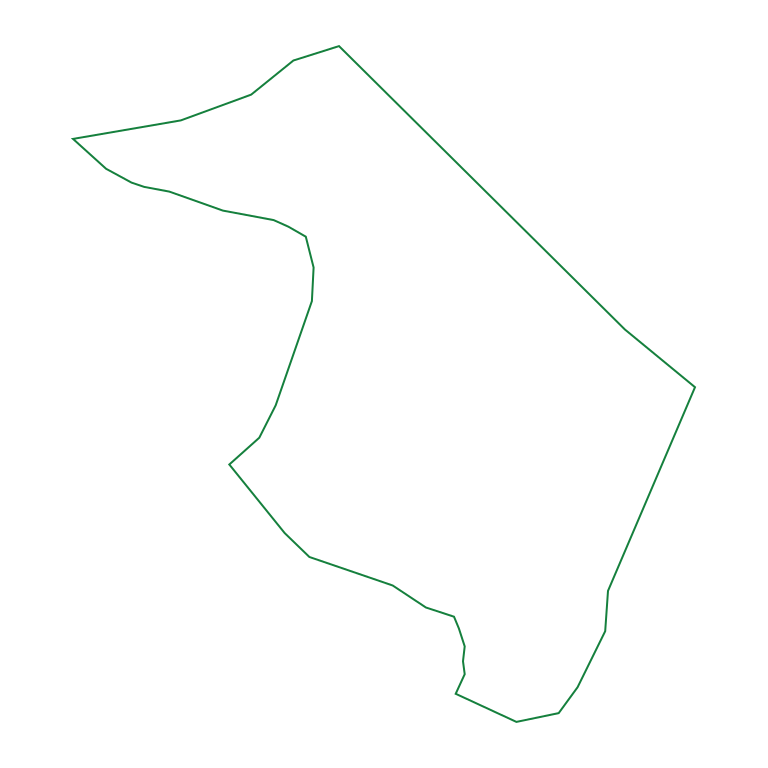 map outline of Ribnica (orthographic projection)
{"feature_id": "SVN-218", "entity_name": "Ribnica", "entity_type": "Municipality", "adm_level": 1, "iso_a3": "SVN", "parent_name": "Slovenia", "parent_adm1": "", "projection": "orthographic", "projection_center": [14.692, 45.729], "detail": "fine", "context": "isolated", "style": "outline", "palette": "green", "viewbox_px": 768, "rotation_deg": 0, "n_neighbors": 0, "source": "natural_earth", "source_scale": "10m", "svg_char_len": 554}
<svg xmlns="http://www.w3.org/2000/svg" viewBox="0 0 768 768"><path d="M73.0,138.9L180.8,120.4L251.2,94.6L293.4,60.5L339.0,46.1L624.9,329.5L695.0,387.2L608.0,590.9L605.2,631.2L577.6,687.2L558.7,713.1L516.4,721.9L455.7,693.8L464.7,674.2L463.0,661.3L464.7,646.4L458.9,628.5L454.0,616.7L425.9,607.5L392.7,585.5L309.4,557.0L284.7,533.1L229.3,464.5L259.3,437.7L275.7,405.3L311.9,301.1L313.6,267.5L305.8,236.7L288.4,226.7L273.7,220.1L222.9,210.6L169.3,191.6L144.2,186.9L131.5,182.6L106.1,168.8L73.0,138.9Z" fill="none" stroke="#15803d" stroke-width="2"/></svg>